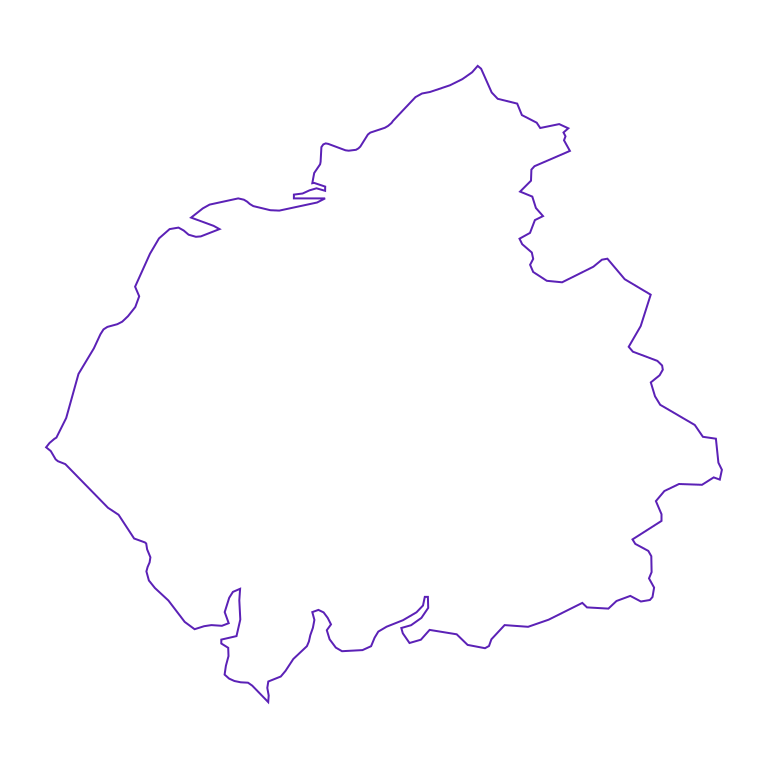 SVG path tracing the border of Cumbria
{"feature_id": "GBR-2139", "entity_name": "Cumbria", "entity_type": "Administrative County", "adm_level": 1, "iso_a3": "GBR", "parent_name": "United Kingdom", "parent_adm1": "", "projection": "equal_earth", "projection_center": [-2.905, 54.627], "detail": "fine", "context": "isolated", "style": "outline", "palette": "violet", "viewbox_px": 768, "rotation_deg": 0, "n_neighbors": 0, "source": "natural_earth", "source_scale": "10m", "svg_char_len": 2938}
<svg xmlns="http://www.w3.org/2000/svg" viewBox="0 0 768 768"><path d="M402.9,110.4L415.5,97.1L422.0,93.5L429.9,92.0L449.9,85.3L462.4,79.1L472.1,72.3L477.7,65.9L481.1,68.7L491.7,92.5L497.7,98.8L517.2,103.6L521.9,115.1L536.7,122.7L540.2,128.0L559.2,124.1L568.3,128.3L563.5,132.5L565.5,136.3L564.0,140.3L569.9,150.9L534.5,166.2L531.4,169.6L531.0,180.7L520.1,191.6L532.3,196.6L535.9,208.0L543.0,216.1L534.9,220.1L530.0,232.9L519.5,238.7L522.2,244.2L531.8,252.5L533.2,258.9L530.1,264.8L533.2,272.0L546.8,280.8L562.1,282.3L593.4,266.7L601.9,259.7L607.4,258.7L624.7,279.2L650.7,294.7L640.7,326.1L628.7,346.8L632.9,351.7L657.4,360.9L662.1,365.5L662.8,369.7L659.6,375.3L650.8,382.4L655.0,396.3L660.2,404.8L694.8,425.0L702.9,436.8L715.9,438.7L718.4,462.7L721.9,469.8L719.8,479.6L713.7,477.4L702.0,484.8L679.0,484.0L664.4,491.0L655.9,501.1L661.5,514.2L661.5,520.9L632.5,539.4L635.3,543.9L648.3,550.9L651.3,556.2L651.6,572.1L649.0,578.4L654.1,587.6L652.5,597.0L649.9,600.0L640.9,601.5L630.3,595.9L616.5,601.0L608.4,608.6L587.0,607.4L582.3,602.9L548.6,619.7L528.1,626.8L504.6,625.1L491.4,639.3L489.0,646.0L485.0,648.2L467.6,644.9L456.7,634.3L429.6,629.9L420.9,639.7L410.2,642.8L409.5,643.0L402.8,633.3L401.3,628.0L411.1,625.2L421.4,617.9L428.2,607.9L427.9,596.9L424.8,596.9L423.0,605.5L416.5,612.3L403.0,620.2L386.6,626.7L378.3,631.6L374.6,637.7L371.1,646.2L362.5,650.1L342.0,651.2L335.8,647.6L329.6,639.3L326.8,630.2L331.0,624.4L327.7,617.9L323.6,612.4L318.4,609.9L312.3,612.1L314.4,619.9L312.9,627.8L310.3,635.2L308.9,641.5L306.9,646.2L293.3,659.0L285.5,670.9L280.8,676.5L268.3,681.5L267.3,687.9L268.7,695.6L268.2,702.1L252.2,685.6L248.0,682.7L240.7,682.3L234.4,681.0L229.1,678.6L224.6,674.6L225.9,665.8L228.5,656.1L228.2,647.8L221.3,643.5L221.3,639.6L236.5,636.1L240.3,619.5L239.3,600.3L240.1,588.8L232.9,591.9L229.2,597.8L224.7,612.1L228.7,623.2L221.9,625.8L211.4,625.1L204.1,626.2L194.6,629.2L184.7,621.9L168.4,600.5L154.9,588.0L148.9,580.5L146.4,571.4L147.6,567.0L149.6,562.4L150.4,557.3L147.1,549.3L146.2,543.5L144.9,542.4L134.1,538.5L118.6,514.8L108.0,507.8L65.3,464.1L57.9,461.2L55.6,459.3L50.8,451.1L46.1,447.3L49.5,443.0L54.3,438.9L56.4,437.6L66.2,418.0L78.5,373.9L93.9,348.3L100.4,334.3L103.5,329.4L107.4,326.9L117.3,324.2L122.2,321.7L128.0,316.2L135.3,307.0L139.2,296.3L135.1,286.7L150.0,253.7L159.0,238.4L169.6,229.1L178.5,227.6L183.7,230.5L188.6,234.7L195.9,236.8L200.8,236.4L219.5,229.1L213.7,225.9L191.1,217.6L202.8,208.4L209.6,204.6L238.2,198.4L243.9,199.7L247.2,201.7L249.8,204.0L253.3,206.1L270.3,210.2L279.3,210.6L317.1,202.5L325.1,198.4L293.9,198.4L293.9,194.6L302.6,193.5L309.6,190.3L316.5,188.3L325.1,190.8L325.2,186.6L314.1,182.9L312.3,183.2L314.2,173.0L320.1,164.3L320.6,161.8L321.4,147.1L323.3,144.4L325.7,143.4L328.3,143.9L345.5,150.3L348.7,150.7L356.0,149.8L358.4,148.4L360.3,146.6L367.9,134.5L370.3,132.6L384.8,127.8L388.1,125.9L391.5,123.0L393.0,120.9L402.9,110.4Z" fill="none" stroke="#5b21b6" stroke-width="2"/></svg>